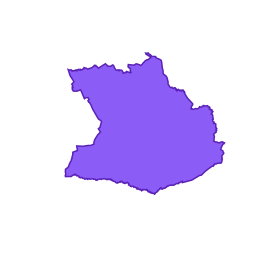 the district of Phanat Nikhom, Chon Buri, Thailand, rotated 145°
{"feature_id": "78962969B17993818596580", "entity_name": "Phanat Nikhom", "entity_type": "district", "adm_level": 2, "iso_a3": "THA", "parent_name": "Thailand", "parent_adm1": "Chon Buri", "projection": "orthographic", "projection_center": [101.233, 13.452], "detail": "fine", "context": "isolated", "style": "filled", "palette": "violet", "viewbox_px": 256, "rotation_deg": 145, "n_neighbors": 0, "source": "geoboundaries", "source_scale": "gbopen_adm2", "svg_char_len": 5726}
<svg xmlns="http://www.w3.org/2000/svg" viewBox="0 0 256 256"><g transform="rotate(145 128 128)"><path d="M143.5,210.1L145.4,204.2L145.7,196.9L149.0,196.1L148.8,194.7L150.3,193.5L149.8,192.8L151.4,192.0L151.6,189.6L148.8,187.5L144.9,186.4L146.9,177.0L145.1,177.0L143.3,175.7L143.6,173.6L145.1,173.4L145.4,171.7L144.8,170.9L145.1,169.8L145.1,168.3L146.1,163.8L147.0,153.6L147.0,151.9L146.0,149.8L146.0,148.5L150.6,144.6L152.7,144.4L152.9,140.5L156.6,139.8L161.4,137.8L163.9,136.1L165.1,134.4L168.6,135.1L170.7,136.6L175.1,138.7L180.3,142.7L182.3,138.6L187.0,139.8L187.5,139.3L188.4,137.9L190.7,136.2L190.9,135.4L192.0,135.1L193.0,133.9L194.4,133.4L196.5,132.2L198.7,130.6L200.3,130.1L202.0,130.2L203.0,129.9L204.6,127.8L205.3,126.1L206.7,125.0L207.1,124.1L202.3,120.8L201.5,120.8L200.6,121.1L199.1,120.4L198.7,120.7L198.2,120.7L197.8,120.3L198.1,120.2L198.2,119.8L197.6,119.4L197.3,118.1L197.0,118.2L196.1,117.1L196.0,116.5L196.3,115.7L195.7,115.0L195.7,114.6L194.1,113.9L194.0,113.0L193.0,112.0L193.0,111.2L192.6,110.7L191.4,110.3L191.0,110.5L190.5,109.2L190.2,109.5L189.5,108.9L189.0,108.9L188.9,108.3L188.6,108.2L188.5,107.9L186.0,106.6L185.6,105.7L185.2,105.6L184.3,104.9L184.2,103.7L183.8,103.6L183.5,103.0L182.5,103.2L181.9,102.8L180.3,102.4L179.2,101.1L178.6,101.3L177.5,100.5L176.6,100.3L176.4,99.8L175.8,99.5L175.5,98.6L175.0,97.9L174.3,98.0L174.2,97.6L173.5,97.5L173.2,96.8L172.8,96.9L172.4,96.6L172.5,96.4L172.3,95.9L171.7,96.1L171.3,95.9L171.4,94.6L170.9,94.6L170.8,93.2L169.3,91.5L169.4,90.9L169.0,89.7L168.5,89.5L168.4,89.1L168.0,88.9L167.5,89.1L167.1,88.7L166.0,88.5L165.4,88.0L164.9,88.1L164.9,88.5L164.2,88.3L163.6,87.6L163.8,87.1L163.4,86.8L163.5,85.9L162.7,85.7L162.9,85.1L162.6,84.9L162.3,84.3L161.9,84.5L160.6,83.7L160.3,83.8L160.4,84.0L159.9,84.0L160.0,83.5L159.6,83.2L159.1,82.3L160.2,81.0L159.7,80.6L159.4,79.9L159.5,78.9L158.6,77.9L158.2,78.0L157.1,77.4L157.2,76.1L156.5,76.0L155.9,75.1L155.9,74.8L155.5,74.5L155.2,73.7L155.5,73.7L155.7,73.4L155.4,73.0L155.0,73.0L155.3,72.6L154.3,72.3L154.3,71.5L153.6,70.8L153.1,70.8L153.1,70.5L153.4,70.5L153.5,70.3L152.8,69.9L152.7,68.8L152.2,69.1L151.8,68.8L151.6,69.0L151.4,68.6L150.8,68.8L149.7,68.0L149.3,67.3L148.9,67.3L148.6,66.9L148.1,67.0L147.8,66.5L148.2,66.4L148.3,66.0L147.9,65.6L147.7,64.9L148.1,64.5L148.0,64.3L147.4,64.3L147.6,63.6L147.3,63.2L146.9,63.7L146.6,63.5L146.4,62.5L146.5,61.7L145.8,61.7L145.7,60.6L145.1,60.5L144.7,59.8L144.1,59.6L143.9,59.3L144.1,58.9L143.8,58.9L143.8,58.6L142.7,59.1L140.0,59.0L139.6,59.8L137.0,59.5L136.8,60.2L135.2,60.1L135.2,58.3L132.8,58.1L132.7,57.7L131.5,57.5L129.9,57.6L129.8,57.9L129.4,57.8L129.0,57.8L128.9,57.4L126.4,57.2L126.2,56.8L125.3,56.4L125.2,56.1L124.6,56.0L124.1,55.3L123.5,55.0L122.0,54.7L121.0,54.8L119.7,54.4L118.7,53.6L118.6,53.8L117.9,53.7L117.7,54.0L117.1,53.6L114.2,53.3L114.8,52.1L105.6,48.7L96.5,48.1L95.1,47.3L89.6,48.2L85.8,48.4L81.4,48.5L80.3,48.1L80.0,47.8L78.9,48.5L78.6,48.3L77.4,48.9L77.0,48.3L76.5,48.0L74.2,47.5L72.1,45.9L70.7,46.4L68.8,48.2L68.9,48.8L68.1,49.3L67.3,51.3L65.0,52.0L63.9,52.5L63.8,54.1L63.4,54.9L64.3,56.9L64.2,57.5L59.6,60.4L58.8,60.0L57.5,60.4L58.7,62.6L60.1,63.2L61.1,63.2L61.6,63.7L62.6,64.1L63.0,65.3L64.6,66.7L65.3,67.9L64.2,69.0L64.1,69.5L62.2,71.3L61.8,72.3L61.8,73.3L60.7,74.0L58.2,74.0L57.8,75.0L57.0,75.0L56.6,75.3L56.5,75.8L56.8,76.1L56.7,76.5L55.6,76.7L55.7,78.2L53.8,80.9L54.2,81.8L55.0,82.4L54.5,82.7L54.1,83.3L54.7,83.8L54.5,85.2L53.8,86.5L53.2,86.3L52.6,87.2L52.2,88.6L51.5,89.4L51.2,91.0L51.8,91.8L51.3,92.2L50.2,92.2L49.3,92.7L49.0,92.9L49.7,93.8L48.9,94.4L49.9,95.3L50.0,95.5L49.5,95.7L50.5,97.0L49.4,97.5L49.1,98.1L49.5,98.9L50.1,99.1L49.9,100.0L50.2,100.8L52.1,101.6L52.5,102.1L52.6,102.5L53.4,103.2L54.4,102.8L54.7,103.2L55.0,103.0L56.2,103.1L57.1,104.3L57.5,103.8L57.8,104.0L59.1,103.7L60.2,103.9L61.5,105.2L63.9,105.7L64.3,106.8L64.9,106.9L65.5,107.5L64.4,108.3L63.8,109.2L61.7,109.9L61.1,110.9L62.1,118.2L61.9,123.2L61.2,124.5L61.5,125.3L60.9,125.6L61.4,126.6L61.0,127.2L61.5,127.8L62.1,128.2L62.8,128.2L63.0,127.7L63.5,128.3L63.4,128.9L64.3,129.1L64.2,129.8L64.4,130.2L64.9,130.3L64.8,130.8L65.4,130.8L65.7,130.4L66.1,130.6L66.7,130.4L66.6,131.5L66.3,131.8L66.9,132.1L66.6,132.6L66.2,132.6L66.5,133.5L66.3,133.7L67.0,134.5L67.9,134.2L68.0,134.6L68.8,135.3L68.6,136.1L69.3,136.3L70.1,137.0L70.1,138.4L69.9,141.2L68.7,142.8L67.1,147.1L67.0,148.5L67.9,151.6L67.9,152.5L66.1,155.5L65.7,157.0L62.6,162.8L62.0,164.5L63.0,166.7L64.7,169.1L64.4,170.7L67.4,173.0L67.6,175.2L68.3,176.3L68.4,177.9L70.0,178.6L70.6,179.2L70.9,177.9L70.2,176.8L70.0,175.6L69.1,174.6L69.0,172.6L70.6,172.7L71.9,172.4L73.3,173.0L75.1,173.2L79.0,172.4L79.8,172.0L81.6,171.9L82.8,173.9L84.4,175.8L84.9,176.0L86.3,175.9L87.5,176.4L91.4,179.8L92.9,178.0L92.7,176.8L92.1,175.6L92.1,175.2L93.4,173.4L93.6,171.9L94.7,172.0L95.1,173.0L96.2,174.2L96.5,175.0L97.6,174.5L98.0,175.2L99.7,175.1L100.6,176.0L100.1,176.3L99.9,178.2L100.4,179.4L101.5,180.0L101.7,180.4L102.6,180.1L102.8,181.4L103.7,181.5L104.6,182.3L104.5,185.1L104.0,187.3L104.2,188.2L104.6,188.6L105.9,188.4L106.5,188.7L107.2,188.6L108.5,189.9L109.2,190.2L109.2,191.6L109.7,193.6L118.0,194.0L118.2,196.4L118.9,196.9L118.5,197.7L119.5,198.6L121.0,198.2L123.0,198.2L124.5,198.4L125.7,199.1L126.6,199.0L127.3,199.4L128.0,201.2L129.1,202.0L129.3,202.6L129.8,202.2L129.8,202.4L130.4,202.4L130.5,202.2L132.3,202.0L132.8,202.6L133.6,202.7L133.6,203.1L133.8,202.9L134.4,203.2L134.9,203.7L134.8,204.1L135.2,204.3L135.2,204.5L136.0,204.4L136.2,204.6L136.8,204.3L136.7,204.7L137.1,205.2L137.3,204.9L138.0,205.1L138.2,205.5L138.5,205.4L139.7,206.2L140.4,206.2L140.8,206.5L140.5,206.6L140.6,206.9L140.9,207.1L141.2,208.3L143.0,209.0L142.9,209.3L143.2,209.5L143.5,210.1Z" fill="#8b5cf6" stroke="#5b21b6" stroke-width="1.5"/></g></svg>